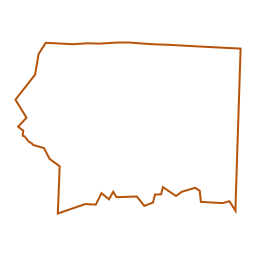 Surry, North Carolina, United States of America (Mercator projection)
{"feature_id": "52423323B17834677594816", "entity_name": "Surry", "entity_type": "district", "adm_level": 2, "iso_a3": "USA", "parent_name": "United States of America", "parent_adm1": "North Carolina", "projection": "mercator", "projection_center": [-80.75, 36.399], "detail": "fine", "context": "isolated", "style": "outline", "palette": "amber", "viewbox_px": 256, "rotation_deg": 0, "n_neighbors": 0, "source": "geoboundaries", "source_scale": "gbopen_adm2", "svg_char_len": 720}
<svg xmlns="http://www.w3.org/2000/svg" viewBox="0 0 256 256"><path d="M57.8,213.5L85.1,204.1L95.8,204.6L101.5,193.2L109.0,199.3L113.2,191.8L116.5,197.2L136.8,196.5L144.3,205.9L153.0,202.5L155.0,194.5L161.1,194.3L162.9,187.1L176.0,196.0L181.7,191.8L195.1,187.8L199.7,190.7L200.9,201.9L222.7,203.1L229.4,201.2L235.5,210.8L235.7,200.3L240.6,48.6L210.7,47.1L168.0,44.8L162.7,44.6L150.6,44.1L146.2,43.8L128.9,42.5L118.1,42.5L99.8,43.6L87.0,43.3L73.0,44.2L72.8,44.2L72.7,44.2L45.8,42.8L38.6,54.0L35.1,74.6L15.4,99.7L26.5,117.7L18.1,126.7L23.2,130.6L22.7,135.2L23.0,135.9L24.6,136.4L28.7,141.6L31.5,143.2L33.5,145.2L35.1,145.5L44.0,148.1L49.6,158.9L59.7,166.3L57.8,213.5Z" fill="none" stroke="#b45309" stroke-width="2"/></svg>